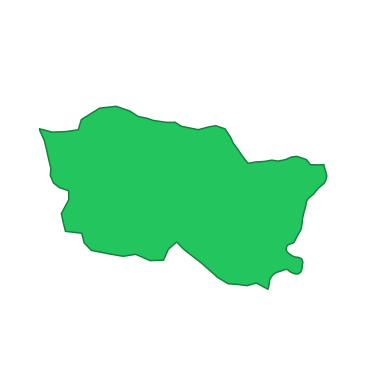 outline of Kyonghung, Hamgyŏng-bukto, North Korea, rotated 66°
{"feature_id": "82179303B15741079373395", "entity_name": "Kyonghung", "entity_type": "district", "adm_level": 2, "iso_a3": "PRK", "parent_name": "North Korea", "parent_adm1": "Hamgyŏng-bukto", "projection": "equal_earth", "projection_center": [130.331, 42.503], "detail": "fine", "context": "isolated", "style": "filled", "palette": "green", "viewbox_px": 384, "rotation_deg": 66, "n_neighbors": 0, "source": "geoboundaries", "source_scale": "gbopen_adm2", "svg_char_len": 5201}
<svg xmlns="http://www.w3.org/2000/svg" viewBox="0 0 384 384"><g transform="rotate(66 192 192)"><path d="M178.3,320.5L184.8,309.5L194.6,311.2L204.4,307.7L214.4,293.5L222.7,281.1L226.1,268.7L236.5,259.2L237.7,258.1L242.7,245.7L234.7,236.9L231.5,226.3L241.3,222.7L261.1,212.1L280.7,203.2L290.6,196.2L295.3,187.4L300.0,179.6L301.3,170.3L311.7,162.2L311.5,161.9L311.1,161.6L310.7,161.4L310.4,161.0L309.9,160.6L309.5,160.2L309.0,160.0L308.7,159.8L308.3,159.5L307.8,159.2L307.4,158.9L306.8,158.6L306.3,158.2L305.8,157.9L305.2,157.7L304.7,157.3L304.1,156.9L303.6,156.5L303.2,156.0L302.9,155.5L302.5,155.1L302.2,154.6L301.8,154.1L301.5,153.6L301.3,153.1L301.1,152.6L300.8,152.1L300.6,151.4L300.4,150.9L300.2,150.3L300.1,150.0L300.0,149.5L299.9,149.1L299.9,148.6L299.9,148.2L299.9,147.8L299.9,147.3L299.9,146.9L300.0,146.5L300.0,146.0L300.1,145.5L300.1,145.1L300.2,144.6L300.2,144.1L300.3,143.4L300.4,142.8L300.5,142.1L300.5,141.4L300.6,140.8L300.5,140.4L300.6,139.9L300.6,139.5L300.6,139.1L300.7,138.7L300.8,138.3L301.0,137.8L301.1,137.5L301.3,137.0L301.5,136.7L301.7,136.4L302.0,136.2L302.4,136.0L302.9,135.8L303.5,135.4L304.2,135.1L304.5,134.9L304.9,134.7L305.3,134.4L305.6,134.1L306.0,133.9L306.3,133.6L306.6,133.3L307.0,132.9L307.3,132.6L307.7,132.3L308.0,131.8L308.3,131.4L308.6,131.2L308.8,130.9L309.0,130.5L309.3,130.2L309.4,129.9L309.6,129.5L309.7,129.2L309.8,128.8L309.9,128.5L309.9,128.1L309.9,127.8L309.9,127.4L309.8,127.0L309.8,126.7L309.6,126.3L309.5,125.8L309.3,125.2L309.0,124.9L308.7,124.4L308.4,124.1L308.1,123.8L307.6,123.4L307.2,123.1L306.8,122.8L306.5,122.6L306.2,122.3L305.8,122.1L305.3,121.8L304.8,121.6L304.5,121.4L304.1,121.2L303.7,121.0L303.4,120.7L302.9,120.4L302.6,120.1L302.3,120.0L301.9,119.7L301.5,119.5L301.1,119.3L300.7,119.2L300.3,119.1L299.9,119.0L299.4,119.0L299.0,119.0L298.5,119.0L298.0,119.1L297.8,119.1L297.3,119.3L297.0,119.5L296.6,119.8L296.2,120.1L295.9,120.4L295.5,120.8L295.2,121.2L294.9,121.6L294.7,121.9L294.5,122.2L294.2,122.7L293.9,123.2L293.8,123.5L293.5,123.9L293.2,124.3L292.8,124.7L292.5,125.0L292.1,125.4L291.7,125.8L291.3,126.2L290.8,126.5L290.4,126.8L290.0,127.1L289.6,127.3L289.2,127.6L288.5,128.0L287.9,128.3L287.2,128.7L286.9,128.8L286.5,129.0L286.2,129.2L285.7,129.3L285.3,129.4L284.8,129.5L284.4,129.5L283.9,129.5L283.5,129.5L283.2,129.5L282.9,129.3L282.5,129.2L282.3,129.1L281.9,128.9L281.6,128.6L281.3,128.4L281.0,128.1L280.7,127.9L280.4,127.6L280.2,127.4L279.9,127.1L279.7,126.8L279.6,126.5L279.5,126.2L279.5,125.8L279.5,125.3L279.5,124.8L279.5,124.4L279.5,123.9L279.5,123.4L279.5,122.8L279.6,122.4L279.6,121.9L279.6,121.3L279.7,120.9L279.7,120.4L279.5,119.7L279.4,119.5L279.2,119.1L279.0,118.8L278.8,118.4L278.4,117.9L278.1,117.5L277.7,117.0L277.3,116.5L277.0,116.1L276.7,115.8L276.2,115.3L275.9,114.8L275.6,114.5L275.2,114.0L274.9,113.6L274.6,113.0L274.2,112.6L273.8,112.0L273.5,111.5L273.0,110.8L272.6,110.3L272.3,109.9L271.9,109.3L271.4,108.7L271.1,108.3L270.8,108.0L270.4,107.6L270.0,107.2L269.6,106.9L269.1,106.5L268.3,106.1L267.9,105.7L267.2,105.4L266.6,105.0L266.1,104.6L265.6,104.3L264.9,103.9L264.4,103.6L263.6,103.2L263.0,102.9L262.5,102.6L262.0,102.3L261.5,102.0L261.0,101.7L260.3,101.1L259.7,100.7L259.3,100.4L258.8,100.0L258.2,99.6L257.9,99.3L257.6,99.2L257.2,98.8L256.7,98.5L256.4,98.2L255.9,97.8L255.6,97.5L255.3,97.3L254.8,96.9L254.4,96.6L254.0,96.3L253.6,96.0L253.4,95.7L253.0,95.3L252.6,95.0L252.2,94.7L251.8,94.4L251.5,94.2L251.2,93.9L250.9,93.7L250.5,93.4L250.1,93.0L249.8,92.9L249.3,92.6L248.9,92.5L248.5,92.3L248.2,92.1L247.8,91.8L247.4,91.4L247.0,91.0L246.8,90.7L246.5,90.3L246.3,90.0L246.0,89.6L245.8,89.2L245.5,88.8L245.3,88.5L245.1,87.9L244.9,87.6L244.8,87.2L244.7,86.8L244.6,86.4L244.5,85.9L244.3,85.4L244.2,84.8L244.1,84.4L244.0,84.1L243.9,83.7L243.8,83.2L243.6,82.7L243.5,82.4L243.3,81.9L243.1,81.5L242.9,81.0L242.7,80.5L242.5,80.1L242.2,79.5L242.0,79.1L241.7,78.6L241.4,78.1L241.2,77.7L240.9,77.2L240.7,76.6L240.4,76.1L240.1,75.6L239.9,75.2L239.8,74.6L239.6,74.0L239.4,73.4L239.3,72.9L239.2,72.6L239.1,72.2L238.9,71.7L238.8,71.3L238.7,70.8L238.6,70.3L238.5,69.9L238.4,69.5L238.2,69.0L238.1,68.5L237.9,68.0L237.7,67.6L237.4,67.1L237.1,66.8L236.8,66.3L236.6,66.0L236.3,65.7L235.9,65.3L235.7,65.0L235.3,64.7L234.9,64.3L234.6,64.1L234.3,63.8L233.7,63.4L233.3,63.1L232.9,62.8L232.6,62.6L232.3,62.5L231.8,62.3L231.4,62.1L230.9,62.0L230.4,61.9L229.8,61.8L229.2,61.7L228.6,61.6L228.0,61.5L227.4,61.5L226.9,61.4L226.4,61.3L225.9,61.3L225.3,61.2L224.8,61.2L224.4,61.1L224.0,61.0L223.5,61.0L223.0,61.0L222.7,60.9L222.2,60.8L221.8,60.7L221.4,60.6L221.0,60.5L220.7,60.4L218.6,65.6L215.3,72.6L208.8,74.4L202.2,81.5L200.5,86.8L200.4,93.8L198.7,100.9L195.3,106.2L193.6,113.2L190.3,122.1L188.6,129.1L182.0,130.9L172.2,132.7L164.0,134.5L157.5,134.5L147.7,136.2L141.1,143.3L139.3,150.4L137.6,161.0L132.6,168.0L127.6,175.1L121.0,179.4L121.0,180.4L117.7,187.5L114.3,192.8L111.0,198.1L106.1,203.4L101.1,210.5L92.8,215.8L82.9,226.4L77.8,242.3L79.3,252.9L80.8,263.6L88.9,270.6L85.4,283.0L80.4,295.4L72.3,305.5L73.7,306.0L85.2,306.0L94.9,307.8L103.1,309.5L112.9,311.3L119.4,314.8L127.5,314.8L134.1,311.3L140.7,304.2L148.9,307.7L158.5,320.1L166.7,321.9L176.5,323.6L178.3,320.5Z" fill="#22c55e" stroke="#15803d" stroke-width="1.5"/></g></svg>